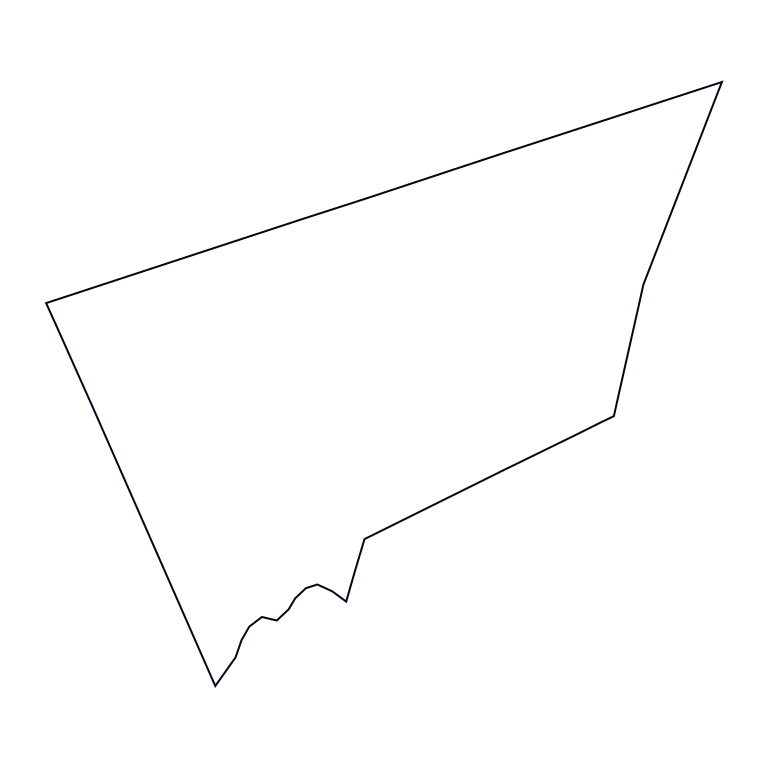 the district of Severiano Melo, Rio Grande do Norte, Brazil
{"feature_id": "56859067B49050380143436", "entity_name": "Severiano Melo", "entity_type": "district", "adm_level": 2, "iso_a3": "BRA", "parent_name": "Brazil", "parent_adm1": "Rio Grande do Norte", "projection": "albers", "projection_center": [-37.976, -5.776], "detail": "fine", "context": "isolated", "style": "outline", "palette": "ink", "viewbox_px": 768, "rotation_deg": 0, "n_neighbors": 0, "source": "geoboundaries", "source_scale": "gbopen_adm2", "svg_char_len": 482}
<svg xmlns="http://www.w3.org/2000/svg" viewBox="0 0 768 768"><path d="M46.1,303.1L57.5,328.3L95.0,412.3L215.3,686.0L235.6,657.3L241.6,640.0L249.3,626.6L261.9,617.0L276.8,620.5L288.7,609.3L295.2,598.3L305.9,588.2L317.3,584.5L332.2,591.3L346.2,601.6L354.5,572.6L364.5,539.1L503.7,470.1L576.6,434.5L599.4,423.1L613.9,416.1L617.8,398.5L639.2,303.5L643.4,284.6L721.9,82.0L505.6,152.4L454.6,169.2L367.6,198.0L303.1,218.8L46.1,303.1Z" fill="none" stroke="#020617" stroke-width="2"/></svg>